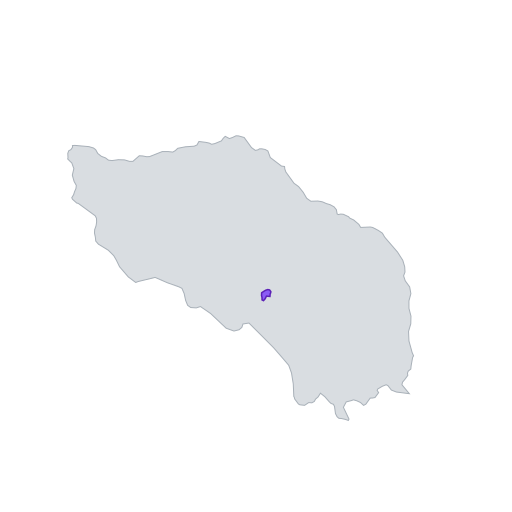 Hungary, with Érd highlighted, rotated 228°
{"feature_id": "HUN-4907", "entity_name": "Érd", "entity_type": "Urban county", "adm_level": 1, "iso_a3": "HUN", "parent_name": "Hungary", "parent_adm1": "", "projection": "equal_earth", "projection_center": [18.891, 47.383], "detail": "fine", "context": "in_parent", "style": "filled", "palette": "violet", "viewbox_px": 512, "rotation_deg": 228, "n_neighbors": 0, "source": "natural_earth", "source_scale": "10m", "svg_char_len": 2947}
<svg xmlns="http://www.w3.org/2000/svg" viewBox="0 0 512 512"><g transform="rotate(228 256 256)"><path d="M415.3,158.2L421.0,157.6L421.3,157.7L422.6,158.1L423.6,161.6L423.8,161.8L425.2,164.2L426.6,167.3L428.7,169.7L433.1,170.7L439.0,173.6L442.8,179.1L448.5,181.4L448.9,181.4L450.0,181.2L454.1,181.0L454.9,182.1L458.2,184.8L459.5,187.2L458.9,189.7L459.6,192.5L460.9,193.5L459.4,195.4L449.1,205.0L445.0,207.5L442.3,208.0L438.0,207.0L433.5,207.8L429.6,209.8L425.9,210.5L423.2,212.9L419.7,218.1L415.4,222.6L411.0,225.3L408.7,227.8L408.6,236.3L406.2,238.7L402.9,241.2L401.1,243.4L396.3,256.3L392.5,260.5L388.9,263.7L388.3,266.6L388.4,269.9L384.4,276.6L379.0,283.5L378.0,286.4L379.3,290.2L374.1,294.7L371.2,296.8L368.7,297.8L367.1,300.6L364.7,307.3L365.4,310.4L365.5,313.2L361.1,314.8L359.8,317.8L358.7,321.6L356.9,323.4L352.0,326.5L339.6,325.2L334.9,326.2L333.6,328.5L333.3,330.3L331.8,332.0L329.0,334.1L326.1,335.1L319.6,332.5L305.8,335.1L303.4,337.1L301.5,335.7L298.5,334.4L284.6,332.9L279.1,334.1L271.8,333.7L265.0,332.3L260.0,333.4L255.5,338.7L253.3,340.5L251.6,341.7L247.8,343.4L244.6,345.4L240.3,346.9L236.6,346.7L232.9,344.4L231.7,344.9L230.5,347.0L228.6,348.8L223.2,351.1L221.8,351.0L221.5,351.0L217.4,352.7L210.6,353.6L207.2,352.9L201.0,360.4L199.1,361.8L193.2,364.0L188.4,365.2L184.2,364.3L182.6,364.2L164.2,363.8L154.6,362.2L148.5,359.3L144.4,356.0L142.5,352.4L137.7,350.3L130.2,349.5L124.4,345.9L120.3,339.6L114.7,334.6L107.6,330.9L102.0,325.6L97.9,318.9L90.5,312.8L79.7,307.4L76.4,306.3L75.8,304.5L70.6,297.8L68.4,295.4L68.6,292.1L67.6,290.2L65.7,288.9L64.7,284.1L64.2,280.5L62.7,278.3L51.1,277.8L61.0,269.3L65.8,266.9L71.4,267.3L73.2,266.6L73.7,265.3L74.7,262.6L75.2,260.0L75.7,257.5L75.1,256.1L72.4,255.7L71.2,249.7L72.6,247.4L74.0,245.8L72.4,238.5L73.0,236.0L77.3,235.6L81.0,234.0L83.9,232.2L84.8,230.0L87.2,225.4L85.1,219.7L72.6,216.0L72.0,214.6L74.9,213.0L78.1,210.7L79.9,209.0L82.3,208.7L85.7,209.6L91.7,213.7L94.0,214.3L96.2,213.1L98.6,212.9L105.3,213.0L110.9,212.1L109.7,207.7L109.8,204.5L108.9,202.0L109.5,199.3L111.8,197.1L112.5,192.2L116.1,189.0L117.7,188.5L123.9,189.1L125.3,189.9L126.3,190.1L136.0,198.1L145.3,204.1L152.9,207.2L164.1,207.5L176.0,207.7L196.0,206.7L210.9,205.9L211.9,204.4L214.2,200.8L212.4,197.7L212.5,194.1L215.0,189.4L222.3,185.5L243.5,183.8L255.6,180.9L257.4,176.9L261.4,173.0L265.1,172.2L270.1,174.0L276.2,177.5L281.5,179.3L284.6,178.1L295.3,172.3L307.6,166.7L315.9,151.3L316.8,148.9L325.9,147.1L339.3,147.4L346.2,149.4L351.4,150.5L359.1,150.1L370.2,146.8L374.3,146.9L377.6,149.3L381.1,151.3L383.5,153.7L385.4,157.2L386.4,158.5L387.9,160.3L390.8,162.7L393.5,163.4L414.1,159.1L415.3,158.2Z" fill="#d9dde1" stroke="#a8b0b8" stroke-width="1"/><path d="M224.9,235.6L224.5,238.3L224.1,240.3L223.2,242.3L221.7,243.4L219.6,243.2L218.8,242.3L218.4,241.2L216.6,239.3L219.2,236.9L218.1,234.3L217.8,231.7L219.3,231.1L221.0,232.6L223.0,233.7L224.9,235.6Z" fill="#8b5cf6" stroke="#5b21b6" stroke-width="1.5"/></g></svg>